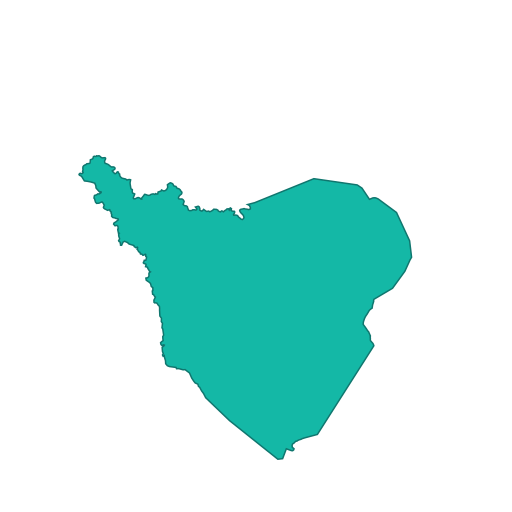 the district of San Lorenzo Texmelúcan, Oaxaca, Mexico, rotated 52°
{"feature_id": "50627088B55125244226498", "entity_name": "San Lorenzo Texmelúcan", "entity_type": "district", "adm_level": 2, "iso_a3": "MEX", "parent_name": "Mexico", "parent_adm1": "Oaxaca", "projection": "albers", "projection_center": [-97.233, 16.535], "detail": "fine", "context": "isolated", "style": "filled", "palette": "teal", "viewbox_px": 512, "rotation_deg": 52, "n_neighbors": 0, "source": "geoboundaries", "source_scale": "gbopen_adm2", "svg_char_len": 6102}
<svg xmlns="http://www.w3.org/2000/svg" viewBox="0 0 512 512"><g transform="rotate(52 256 256)"><path d="M82.7,340.7L83.7,340.7L84.1,342.0L83.7,342.8L82.8,343.3L82.4,344.2L82.7,345.2L83.5,345.4L85.8,344.4L91.2,345.0L93.3,342.9L95.7,340.8L97.3,339.6L98.4,338.9L98.7,338.6L99.5,338.2L100.2,338.5L101.2,338.7L102.3,339.1L103.1,339.7L104.1,340.2L109.2,339.9L109.6,339.0L110.1,338.6L110.7,339.0L110.7,339.9L110.6,341.2L109.6,342.5L109.7,343.5L109.3,345.0L108.9,345.6L109.0,346.3L110.5,347.9L110.9,348.1L111.5,348.0L114.7,349.3L116.4,349.2L117.7,347.2L118.5,344.1L119.9,343.9L122.5,344.3L123.7,346.3L124.7,346.5L126.1,346.1L126.9,345.6L128.6,344.9L129.4,342.8L129.8,342.8L130.1,342.9L130.4,343.2L131.3,343.3L132.3,343.0L132.8,343.6L133.5,344.0L134.6,344.2L135.7,345.3L137.4,345.2L139.5,343.5L140.3,343.2L141.7,341.8L142.7,342.2L142.8,346.1L142.5,347.0L142.7,347.9L143.2,348.6L145.4,348.5L146.2,346.8L147.2,346.5L147.9,346.7L149.8,347.8L149.7,348.4L151.0,349.2L152.9,350.1L153.8,349.8L153.8,350.6L154.5,350.9L155.0,351.4L156.3,352.1L158.2,352.7L158.7,353.2L159.3,354.8L160.3,355.0L160.8,354.7L161.9,354.6L162.6,355.3L163.2,355.5L164.1,356.1L164.8,355.3L163.2,352.2L163.5,350.5L166.4,348.9L167.1,348.9L168.0,348.8L169.1,348.2L171.6,346.4L172.5,345.8L173.1,345.9L173.5,346.2L175.6,345.5L175.9,344.1L176.4,344.0L177.2,344.9L177.6,345.6L178.2,345.4L180.3,345.8L181.3,345.5L181.7,345.2L183.1,345.8L183.5,345.7L184.1,344.9L184.7,344.7L185.8,344.7L186.3,343.7L186.3,342.5L186.6,342.0L187.0,342.0L188.4,343.1L189.4,342.8L190.9,344.5L191.5,345.5L190.6,346.7L191.1,347.4L191.5,347.8L191.6,348.5L192.0,349.0L193.0,348.9L194.0,348.1L194.8,347.8L195.3,348.1L196.4,349.6L198.1,348.4L199.2,348.9L202.7,349.3L203.5,349.0L203.5,349.7L203.3,350.2L203.9,351.2L205.8,352.6L206.3,353.6L206.4,354.7L205.6,356.4L207.5,357.4L211.3,356.2L212.8,356.1L215.6,357.3L217.4,356.8L219.7,358.5L219.7,359.3L222.5,361.0L223.3,360.5L225.8,360.8L226.4,360.6L227.3,362.3L227.9,363.6L229.7,364.9L230.6,364.7L231.2,363.8L232.2,363.1L234.5,363.3L236.2,363.1L237.8,364.1L239.4,365.4L244.1,368.7L246.8,368.8L249.4,371.0L251.4,371.1L254.7,374.3L256.1,374.4L261.5,377.5L262.1,379.1L264.0,380.4L265.5,381.3L265.4,383.1L265.6,384.6L267.3,385.4L268.6,385.2L269.1,383.4L269.8,383.1L270.1,383.8L270.2,386.2L273.5,388.4L275.9,389.2L276.4,390.6L277.8,390.9L278.0,389.6L279.0,390.3L282.8,391.8L285.3,393.5L287.9,393.4L289.8,392.3L294.6,387.6L295.9,388.0L297.2,386.2L300.8,383.5L301.9,381.8L304.0,381.3L307.2,380.4L312.6,381.8L316.1,382.1L318.6,382.1L321.2,380.7L323.3,381.6L324.9,381.2L326.3,381.5L328.8,381.9L332.1,382.0L336.7,382.9L369.5,378.2L429.6,363.9L432.1,359.8L426.6,350.8L431.2,347.9L432.0,347.0L432.0,345.7L431.3,344.7L430.2,344.9L429.2,345.2L427.6,344.3L426.6,342.9L426.8,341.3L426.7,340.3L426.4,339.0L427.1,337.6L427.1,336.5L427.4,335.3L427.8,334.3L428.2,333.2L428.4,332.0L429.4,329.3L434.4,317.5L399.3,218.4L397.9,217.9L396.9,217.7L393.2,217.9L392.0,217.2L391.1,216.4L390.1,215.9L389.5,215.1L384.9,213.9L383.4,214.1L382.3,213.9L378.9,213.7L377.2,213.7L375.8,213.6L374.1,212.0L372.4,209.5L371.6,208.1L370.8,206.2L370.3,204.5L368.7,200.4L368.5,199.5L368.5,197.3L368.6,196.6L366.3,194.2L365.2,192.6L364.3,191.3L363.4,190.6L362.7,189.8L365.5,168.3L359.7,148.1L353.9,137.0L352.8,134.2L338.6,125.6L308.2,118.5L286.2,124.6L284.2,125.7L283.8,126.0L282.8,127.1L282.1,128.3L281.2,131.7L267.7,130.7L262.3,132.5L230.7,162.8L213.2,224.1L210.3,230.9L211.1,230.5L212.4,230.1L213.5,230.4L214.0,230.4L215.4,231.4L215.2,232.4L214.8,233.3L213.5,234.3L212.5,235.4L211.3,236.2L210.7,237.6L209.8,239.3L209.8,240.4L210.3,241.0L211.5,241.3L213.3,241.3L214.5,241.1L216.3,241.0L218.3,241.8L218.8,242.7L218.9,244.3L217.8,245.1L216.7,245.2L214.5,245.8L213.3,245.6L212.4,245.8L211.3,246.7L210.2,248.4L209.5,248.2L208.8,246.4L208.1,245.6L207.5,245.5L206.1,247.0L204.8,247.6L203.6,246.2L202.3,246.6L202.3,247.2L202.8,247.7L203.3,248.8L201.9,248.6L201.2,249.6L201.0,250.1L201.2,250.9L201.0,252.7L201.1,254.5L199.6,255.0L199.2,255.5L199.4,256.8L198.4,257.5L197.4,258.0L196.5,257.8L195.0,258.4L193.1,260.5L193.3,262.1L193.1,263.8L192.6,265.3L191.5,265.6L190.4,267.6L187.0,268.6L187.3,269.7L187.3,270.3L187.3,271.0L186.4,271.6L185.3,272.1L184.0,271.0L182.3,270.5L181.2,270.9L180.1,273.6L182.6,273.6L182.9,274.2L182.8,275.2L182.0,275.7L181.3,276.5L180.6,277.5L180.6,278.5L180.0,279.6L179.4,280.4L178.2,281.0L177.3,280.6L176.1,280.3L174.9,279.7L173.7,280.0L172.2,281.4L170.5,281.7L169.5,280.1L168.7,279.0L167.7,278.8L166.7,278.8L165.7,279.1L165.1,279.7L164.5,280.6L163.5,281.6L162.6,281.5L161.6,280.1L161.3,278.5L161.3,276.6L160.8,275.7L160.1,275.1L158.5,275.2L157.2,275.0L155.7,275.3L154.9,275.8L154.2,276.5L152.9,276.3L151.8,276.3L151.1,277.0L150.0,277.6L148.8,277.3L147.8,277.2L146.6,277.7L145.5,278.5L145.3,280.5L145.3,282.0L146.1,282.4L147.0,282.9L147.7,283.5L148.5,285.3L148.6,286.8L148.4,287.8L147.8,288.8L145.8,289.8L146.3,290.8L145.3,293.8L146.6,295.2L145.9,296.3L145.1,296.6L145.2,297.8L144.2,298.3L143.4,299.4L142.8,300.8L142.7,302.4L141.9,303.6L140.6,304.5L139.4,305.2L138.8,305.9L139.3,307.4L140.0,310.6L140.8,311.0L140.5,311.5L138.8,311.9L137.6,312.6L137.0,313.6L136.5,316.1L135.6,317.1L134.7,317.0L133.3,314.8L132.5,313.4L131.5,313.8L130.5,314.5L129.4,314.1L128.6,313.5L127.8,312.7L127.4,312.6L126.7,313.0L125.9,313.1L121.7,310.8L120.8,310.2L118.8,307.9L118.0,308.4L117.6,309.0L117.1,309.8L116.7,310.9L115.1,311.3L113.0,313.0L112.2,313.6L111.1,314.0L109.7,314.0L108.5,313.8L107.5,313.0L106.7,313.3L105.8,313.2L105.3,312.8L104.6,313.0L104.3,313.6L104.7,315.3L104.6,315.9L104.4,316.4L103.8,316.7L102.1,316.7L101.3,317.0L100.4,316.8L100.7,314.3L100.6,313.7L100.0,313.0L99.4,312.9L98.6,313.1L97.7,313.8L97.1,314.9L96.1,315.4L93.2,316.0L92.3,316.4L90.9,317.2L90.3,317.7L89.6,317.8L88.6,317.3L87.8,316.7L87.1,315.1L86.6,314.5L86.1,314.3L85.5,314.5L84.0,316.8L82.7,317.4L81.3,317.6L80.3,318.0L79.7,319.2L78.9,319.9L79.1,320.6L78.6,321.3L77.8,322.0L77.6,322.9L78.1,323.6L78.8,324.6L78.8,325.2L78.2,327.3L80.4,329.3L80.6,330.1L79.1,332.7L79.3,333.7L78.9,334.9L78.8,336.3L79.2,337.5L80.6,338.7L81.5,339.2L82.7,340.7Z" fill="#14b8a6" stroke="#0f766e" stroke-width="1.5"/></g></svg>